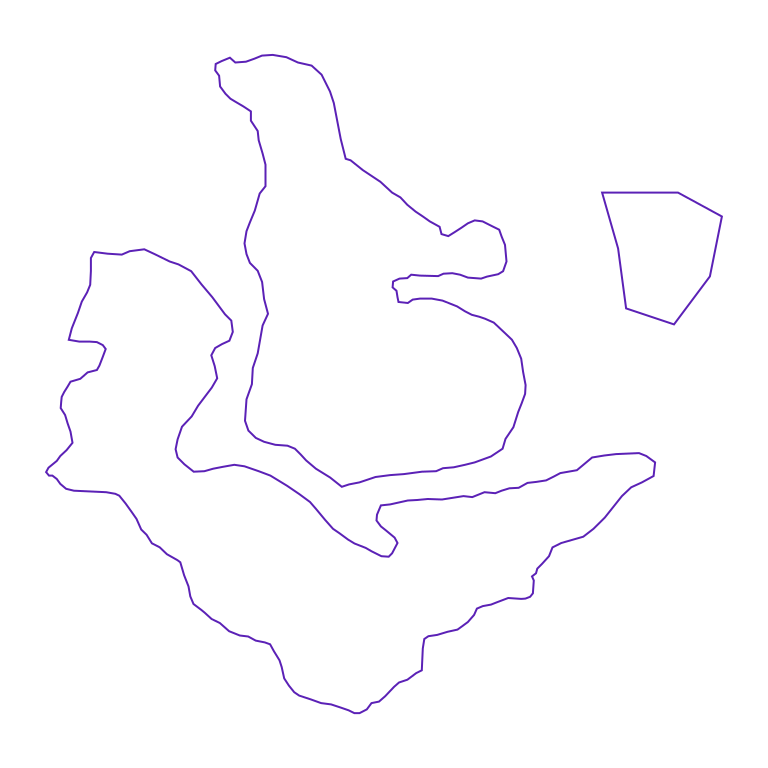 Värmdö, Stockholm, Sweden
{"feature_id": "70781695B62142289931887", "entity_name": "Värmdö", "entity_type": "district", "adm_level": 2, "iso_a3": "SWE", "parent_name": "Sweden", "parent_adm1": "Stockholm", "projection": "mercator", "projection_center": [18.505, 59.313], "detail": "fine", "context": "isolated", "style": "outline", "palette": "violet", "viewbox_px": 768, "rotation_deg": 0, "n_neighbors": 0, "source": "geoboundaries", "source_scale": "gbopen_adm2", "svg_char_len": 4248}
<svg xmlns="http://www.w3.org/2000/svg" viewBox="0 0 768 768"><path d="M68.8,339.8L79.3,341.6L89.6,341.6L96.9,342.1L102.8,345.1L105.7,349.0L102.8,356.8L99.4,365.6L96.9,370.0L87.6,372.4L80.3,378.8L70.5,381.7L67.6,386.6L64.2,392.0L61.7,396.9L61.2,401.8L60.7,408.1L65.1,415.0L67.6,423.3L70.5,431.6L72.5,442.8L66.6,450.1L60.3,456.0L56.8,460.9L48.5,467.7L46.1,472.1L49.0,475.6L52.4,475.6L56.8,479.0L60.3,483.9L66.1,488.8L73.9,490.7L106.2,492.2L115.3,493.8L119.3,495.7L125.6,503.5L131.9,512.3L136.5,518.9L141.2,529.5L146.6,534.8L151.9,543.3L159.7,547.3L166.9,554.2L177.5,560.2L180.3,562.3L184.1,575.2L188.5,586.4L190.3,596.4L193.5,604.0L201.3,609.9L204.7,612.7L211.6,619.0L219.8,623.0L229.1,631.2L239.8,635.5L248.2,636.5L255.7,640.6L264.8,642.4L270.1,644.3L273.9,651.2L279.5,660.3L281.7,667.1L284.2,678.4L288.9,685.6L294.2,692.2L299.2,695.6L310.8,699.4L321.1,703.1L331.1,704.4L340.5,707.5L348.6,710.3L354.3,713.1L359.6,713.1L366.8,709.4L371.5,703.1L379.0,701.6L385.2,696.2L394.0,686.9L399.0,682.5L407.4,679.7L416.2,673.1L421.8,670.3L422.8,648.4L424.3,639.0L428.4,636.2L437.2,634.9L447.5,631.8L457.5,629.6L467.8,622.1L474.1,614.9L476.9,608.6L482.8,606.1L491.0,604.6L496.6,602.4L501.6,600.5L508.2,598.0L521.3,598.9L525.4,598.6L530.1,596.8L532.9,593.3L533.8,580.5L532.0,576.4L536.0,573.3L537.3,568.6L542.0,563.9L549.0,556.2L552.5,547.4L561.3,543.0L583.3,536.7L593.5,528.8L604.8,517.6L621.9,496.1L631.2,487.3L641.9,482.4L653.6,476.0L655.1,462.4L646.3,456.0L639.0,453.1L616.0,454.1L604.3,455.5L592.1,457.5L576.9,470.2L560.3,473.1L553.9,476.5L546.1,480.4L536.3,481.9L527.5,482.9L518.7,487.8L509.4,488.3L501.6,490.7L495.3,493.2L484.5,492.2L472.3,497.1L463.5,496.1L442.0,499.5L427.8,499.0L417.1,500.0L407.8,500.5L390.2,504.4L380.9,505.4L377.0,514.7L376.5,520.5L380.9,526.4L385.8,530.3L394.6,537.6L397.5,543.0L392.1,553.3L388.7,556.7L381.4,556.2L371.6,551.3L365.7,547.9L354.5,543.5L348.1,539.6L339.4,533.2L333.0,528.8L325.2,520.0L315.9,508.8L310.0,502.0L299.3,494.1L287.1,485.8L270.4,475.6L258.7,471.2L244.5,466.3L234.3,464.8L223.0,466.8L213.2,468.7L204.4,471.2L193.7,471.7L184.4,464.3L177.6,457.5L175.6,449.2L177.6,439.4L182.0,426.7L191.7,416.4L198.1,405.7L205.9,395.4L211.8,387.6L217.2,378.3L214.7,366.1L211.3,355.3L215.2,348.0L222.0,344.1L229.4,340.7L232.8,331.9L231.3,320.6L225.0,314.3L212.3,297.2L201.5,284.4L191.2,271.2L178.5,264.4L169.7,261.5L154.6,254.1L144.3,249.3L129.7,251.2L121.8,254.6L107.7,253.7L94.2,252.0L90.9,258.0L90.9,271.0L90.2,284.8L87.1,292.4L81.8,301.6L77.9,313.0L71.8,328.3L68.8,339.8ZM297.9,62.5L286.4,57.2L272.7,54.9L262.0,55.6L254.4,58.7L246.0,61.7L235.3,62.5L229.9,57.7L221.6,61.1L215.7,64.0L215.2,70.4L219.1,75.7L220.1,86.5L225.5,93.8L230.4,98.7L235.2,101.6L243.5,106.5L250.9,111.4L250.9,120.7L257.7,131.0L258.7,140.3L262.6,153.5L265.5,164.7L265.5,186.2L259.7,193.5L254.8,210.6L249.9,222.4L246.5,231.2L244.5,243.4L246.5,254.1L249.9,262.9L257.7,270.8L262.1,282.0L264.1,299.1L268.0,313.8L262.6,325.5L257.7,353.4L252.8,368.0L251.9,384.2L246.5,399.3L245.0,420.8L248.4,430.6L255.8,437.9L264.1,441.8L275.3,444.8L287.5,445.7L294.9,448.7L300.7,454.5L306.1,460.4L315.9,468.7L330.1,477.5L341.8,486.8L349.1,484.4L359.4,482.4L375.5,477.0L390.2,475.1L403.9,474.1L422.0,471.7L436.1,471.2L443.0,468.2L453.7,467.3L465.0,464.8L474.7,462.4L490.9,456.5L502.6,448.7L505.5,438.9L513.4,427.2L518.2,412.0L521.7,403.2L525.1,393.9L525.6,385.1L523.1,371.9L521.2,358.7L516.8,348.0L511.9,339.7L504.1,332.3L493.8,322.6L485.0,318.7L479.1,316.7L471.8,314.8L465.0,311.3L457.1,306.4L442.5,300.6L431.7,298.6L420.0,298.6L412.7,299.6L407.8,303.0L398.5,302.0L397.5,297.2L396.5,290.8L392.6,287.4L393.1,281.5L399.5,278.6L407.3,278.1L411.2,274.7L420.0,275.6L438.1,276.1L443.5,273.7L452.3,273.2L460.1,274.7L467.9,277.6L481.1,278.6L487.0,276.6L498.2,274.2L503.1,271.2L506.5,261.5L505.0,244.9L501.6,236.5L499.2,229.7L492.3,226.3L482.6,221.4L474.7,220.4L467.9,223.3L461.5,227.7L454.7,232.1L448.3,236.1L441.5,234.1L439.6,226.8L429.8,221.4L422.9,216.5L415.6,211.6L407.3,204.8L400.4,197.4L392.1,192.6L380.4,181.8L362.8,170.1L350.6,160.3L345.7,158.8L340.7,138.9L337.6,122.8L333.8,103.0L330.0,91.5L321.6,74.7L311.6,65.6L297.9,62.5ZM709.9,276.4L721.9,216.5L678.0,192.6L602.1,192.6L618.1,248.5L626.1,308.4L674.0,324.4L709.9,276.4Z" fill="none" stroke="#5b21b6" stroke-width="2"/></svg>